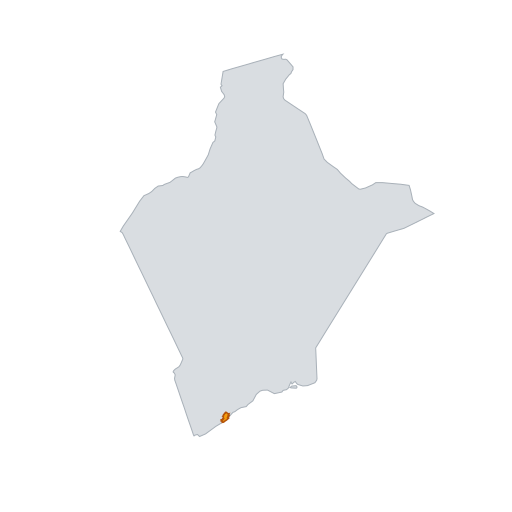 Kilifi South, Coast, Kenya shown in context, rotated 32°
{"feature_id": "3690345B19939243433246", "entity_name": "Kilifi South", "entity_type": "district", "adm_level": 2, "iso_a3": "KEN", "parent_name": "Kenya", "parent_adm1": "Coast", "projection": "robinson", "projection_center": [39.732, -3.813], "detail": "fine", "context": "in_parent", "style": "filled", "palette": "amber", "viewbox_px": 512, "rotation_deg": 32, "n_neighbors": 0, "source": "geoboundaries", "source_scale": "gbopen_adm2", "svg_char_len": 4786}
<svg xmlns="http://www.w3.org/2000/svg" viewBox="0 0 512 512"><g transform="rotate(32 256 256)"><path d="M127.8,307.1L127.6,300.8L128.4,285.1L128.3,271.2L129.0,264.2L132.0,259.8L133.4,256.6L134.4,252.2L136.0,248.5L139.6,245.6L140.3,243.9L144.1,239.0L146.4,232.6L148.1,230.5L150.2,228.5L151.8,227.4L154.3,226.3L156.2,225.7L156.6,225.2L156.7,224.2L156.1,220.3L156.9,219.0L158.3,216.3L159.8,213.9L161.2,212.3L161.9,210.7L162.3,207.9L162.4,206.0L162.3,202.8L161.9,195.5L160.3,189.4L159.3,182.5L160.1,180.3L158.8,176.3L158.2,176.0L157.1,175.2L155.8,171.4L154.8,167.9L154.2,167.1L149.9,164.1L147.8,156.9L145.4,155.4L144.1,148.3L143.8,146.3L145.2,139.2L145.1,137.6L143.6,136.1L139.6,134.6L136.3,131.7L136.7,130.7L137.0,129.6L135.3,128.9L130.3,116.9L136.7,109.6L143.3,102.3L151.6,93.0L159.3,84.5L165.9,77.1L171.9,70.6L171.7,71.8L171.7,73.5L172.5,74.5L173.7,75.2L175.4,74.5L176.9,73.4L178.3,73.2L187.2,76.0L188.6,78.3L188.5,80.9L188.9,82.8L188.2,84.6L187.5,90.3L187.7,95.5L190.4,99.3L192.7,102.3L194.6,106.6L196.0,107.9L197.9,108.5L204.0,108.7L213.1,109.0L221.8,109.2L222.6,109.3L224.4,109.9L232.4,115.6L239.7,120.9L245.9,125.4L251.9,129.8L257.8,134.1L262.3,137.7L266.8,138.8L274.1,139.3L279.1,139.5L283.7,141.0L290.6,142.4L295.8,143.1L298.9,143.9L307.6,144.7L309.0,144.2L312.8,140.3L317.1,133.9L318.7,130.3L324.3,126.8L334.0,121.9L340.8,118.4L348.4,115.0L351.9,118.0L356.6,122.8L358.8,125.2L360.5,126.2L363.0,127.0L366.2,127.0L367.9,126.9L371.4,126.2L379.7,125.7L384.4,125.7L380.4,132.1L375.7,139.8L366.9,154.0L360.3,161.4L355.3,167.1L354.8,168.1L354.8,174.3L354.9,189.7L355.0,220.4L355.1,251.1L355.2,281.8L355.3,297.1L355.3,302.3L359.7,308.7L364.0,315.0L369.7,323.3L372.8,327.8L373.3,329.3L373.1,332.3L368.4,338.6L364.6,341.4L359.4,342.8L357.9,342.5L355.8,341.6L355.0,343.1L354.4,345.4L353.3,344.9L352.4,344.3L352.9,348.4L353.5,350.5L352.7,353.2L350.2,355.6L350.0,357.7L344.5,363.0L336.8,363.6L332.8,366.3L331.0,368.5L329.6,373.2L330.1,380.5L327.9,386.1L327.5,388.9L323.6,392.6L321.8,395.9L320.5,399.3L319.3,400.8L318.0,408.4L316.2,413.1L315.6,414.6L315.2,416.0L313.8,418.7L312.8,420.6L312.2,421.8L307.5,433.6L303.8,439.0L300.9,438.4L299.0,440.5L298.8,441.4L297.8,440.9L295.4,438.9L290.5,434.9L285.5,430.9L280.6,426.9L275.7,422.8L270.7,418.8L265.8,414.8L260.9,410.8L255.9,406.7L253.0,404.4L251.8,403.0L250.7,400.2L250.3,399.5L248.9,398.6L247.4,398.4L247.0,397.9L247.0,396.6L247.5,394.6L249.3,390.9L249.5,388.8L249.2,386.3L248.6,382.4L248.1,381.5L244.8,379.4L238.0,375.1L231.1,370.7L224.3,366.4L217.4,362.1L210.5,357.7L203.7,353.4L196.8,349.1L190.0,344.7L183.1,340.4L176.3,336.1L169.4,331.7L162.5,327.4L155.7,323.1L148.8,318.7L142.0,314.4L135.1,310.1L132.5,308.4L130.2,307.1L127.8,307.1ZM355.8,349.2L354.6,349.5L355.2,347.4L358.7,344.7L360.2,345.3L360.4,345.9L360.4,346.5L359.8,347.0L355.8,349.2Z" fill="#d9dde1" stroke="#a8b0b8" stroke-width="1"/><path d="M313.2,404.5L313.1,404.8L313.1,405.0L313.1,405.3L313.2,405.5L312.9,405.6L312.9,405.8L312.8,406.1L312.8,406.3L312.8,406.5L312.8,406.8L312.9,407.0L313.0,407.2L313.0,407.3L312.7,407.4L312.7,407.5L312.6,407.8L312.6,408.0L312.8,408.4L312.8,408.5L312.8,408.8L312.8,409.0L312.9,408.9L313.0,408.9L313.2,409.0L313.2,409.4L313.2,409.5L313.3,409.6L313.4,409.8L313.5,409.8L313.8,410.0L313.9,410.3L314.0,410.5L314.1,410.8L314.1,411.0L314.3,411.2L314.2,411.3L314.0,411.5L314.1,411.8L314.2,412.1L314.2,412.3L314.0,412.5L313.9,412.5L313.7,412.9L313.4,413.2L313.3,413.3L313.5,413.4L313.8,413.4L313.9,413.2L313.9,412.9L314.0,412.8L314.0,413.0L314.3,412.9L314.5,412.9L314.5,412.7L314.7,412.4L314.7,412.5L314.6,412.8L314.5,413.0L314.4,413.1L314.3,413.3L314.2,413.4L314.2,413.5L314.3,413.5L314.3,413.8L314.4,413.7L314.4,413.8L314.5,413.9L314.5,414.0L314.4,414.1L314.5,414.1L314.6,414.3L314.8,414.4L315.1,414.5L315.1,414.4L315.2,414.5L315.2,414.3L315.3,414.3L315.5,414.4L315.5,414.5L315.8,414.6L316.0,414.5L316.1,414.4L316.1,414.5L316.3,414.4L316.4,414.2L316.5,414.1L316.7,413.8L316.7,413.7L316.8,413.4L316.9,413.2L316.9,412.9L317.0,412.7L317.2,412.3L317.3,412.2L317.5,411.7L317.6,411.4L317.7,411.2L317.8,411.1L317.8,410.9L317.9,410.7L318.0,410.4L318.1,410.2L318.3,409.8L318.3,409.7L318.3,409.4L318.3,409.2L318.5,408.9L318.6,408.7L318.7,408.4L318.7,408.2L318.8,408.0L318.8,407.9L318.5,407.9L318.3,407.8L318.2,408.0L318.1,408.3L317.6,408.3L317.7,408.0L317.8,408.0L317.9,407.8L317.9,407.6L317.5,407.4L317.4,407.4L317.3,407.2L317.5,407.0L317.5,406.9L317.6,406.7L317.6,406.4L317.7,406.2L317.8,406.0L317.8,405.9L317.9,405.7L317.7,405.6L317.6,405.4L317.5,405.5L317.4,405.6L317.2,405.7L317.0,405.8L316.9,405.7L316.8,405.8L316.7,405.6L316.6,405.1L316.7,404.9L316.7,404.7L316.6,404.3L316.6,404.2L316.5,404.3L316.3,404.4L316.2,404.5L315.6,404.5L313.5,404.4L313.4,404.4L313.4,404.5L313.2,404.5L313.2,404.5Z" fill="#f59e0b" stroke="#b45309" stroke-width="1.5"/></g></svg>